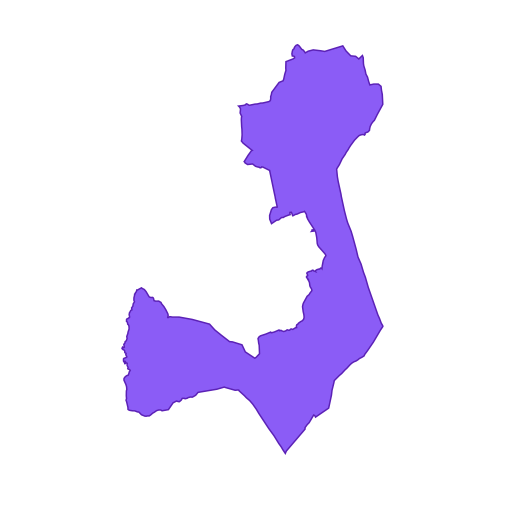 Gairo, Morogoro, United Republic of Tanzania (Natural Earth projection), rotated 169°
{"feature_id": "72390352B71030681800047", "entity_name": "Gairo", "entity_type": "district", "adm_level": 2, "iso_a3": "TZA", "parent_name": "United Republic of Tanzania", "parent_adm1": "Morogoro", "projection": "natural_earth1", "projection_center": [37.057, -6.228], "detail": "fine", "context": "isolated", "style": "filled", "palette": "violet", "viewbox_px": 512, "rotation_deg": 169, "n_neighbors": 0, "source": "geoboundaries", "source_scale": "gbopen_adm2", "svg_char_len": 6143}
<svg xmlns="http://www.w3.org/2000/svg" viewBox="0 0 512 512"><g transform="rotate(169 256 256)"><path d="M113.9,366.6L110.0,371.7L102.6,380.7L101.2,390.5L101.2,394.6L100.9,398.7L103.1,401.4L107.6,402.3L111.6,402.2L112.1,405.6L112.4,410.3L113.4,413.6L113.4,417.6L113.9,422.1L113.8,424.4L112.9,430.2L113.3,432.5L117.5,429.8L120.1,433.0L124.8,434.4L128.5,440.1L130.7,445.7L149.5,443.7L153.6,445.2L160.5,447.4L165.7,447.1L168.9,446.0L169.5,447.5L170.2,448.8L170.8,449.6L171.6,450.0L173.5,453.9L174.8,455.4L176.3,455.2L177.6,454.3L178.6,453.3L179.0,452.3L180.5,451.4L181.2,450.2L182.2,447.6L182.2,445.4L181.1,445.1L180.2,444.5L180.3,443.1L182.0,442.4L189.5,441.1L190.9,434.9L191.2,432.5L193.1,428.9L195.0,424.4L196.0,422.8L200.2,422.0L209.3,413.7L210.1,411.6L211.2,409.6L211.5,407.7L212.3,405.8L213.8,405.1L220.2,404.9L222.3,405.2L225.7,405.0L228.1,405.3L233.9,405.2L234.7,405.9L235.3,406.6L236.5,407.2L237.6,406.4L239.6,406.2L244.5,406.5L243.7,405.3L243.1,403.4L244.3,399.4L243.4,395.8L243.9,394.5L244.4,392.5L245.4,385.6L245.6,383.2L246.5,377.7L247.7,373.3L248.4,371.7L247.1,369.2L239.6,360.4L240.3,360.3L244.4,356.5L249.6,350.9L249.2,350.5L249.0,349.5L246.8,347.4L241.8,347.0L239.4,344.2L237.6,343.2L236.1,342.6L235.2,341.8L233.8,341.6L234.2,341.8L233.4,342.4L232.2,341.9L226.3,337.4L226.0,314.0L225.9,309.9L226.0,309.6L225.8,300.0L226.1,299.9L227.7,300.3L230.2,300.2L232.0,298.6L234.9,293.2L235.5,289.6L234.6,284.8L229.0,287.2L226.8,287.1L223.6,288.9L221.7,288.6L220.5,289.2L216.5,289.9L214.6,290.1L214.6,291.3L214.4,292.3L213.0,292.2L212.7,291.2L212.3,288.5L211.8,288.5L209.5,289.3L207.7,289.3L204.0,290.2L201.0,290.3L199.9,290.6L198.7,287.7L198.6,286.1L198.8,284.9L198.4,284.4L198.6,284.3L198.2,282.4L197.0,279.0L193.7,270.9L196.1,270.8L196.1,270.2L196.8,269.6L193.2,269.4L192.8,267.5L192.9,262.1L193.5,256.5L193.3,254.9L192.6,253.0L188.0,245.2L187.3,243.4L187.7,242.5L188.8,241.6L190.8,238.8L192.9,233.6L193.7,231.0L194.0,231.6L194.9,231.8L196.0,231.0L196.6,231.2L198.7,231.0L199.8,230.6L200.8,229.9L200.6,229.4L202.3,230.5L202.6,231.1L203.5,231.3L204.6,230.6L205.3,230.7L207.3,230.5L208.5,230.2L209.4,229.5L208.9,227.3L209.3,226.6L210.2,226.4L210.5,225.7L210.3,225.1L209.3,223.3L209.6,223.3L208.8,220.9L208.6,219.4L208.8,217.0L208.7,215.6L207.7,212.8L207.8,211.3L210.2,209.2L211.2,208.0L213.5,206.7L218.3,200.9L219.0,199.8L220.0,197.4L220.3,192.3L220.2,189.1L220.5,186.5L221.4,184.7L223.1,183.5L224.6,183.1L226.4,182.3L227.2,181.9L228.0,181.1L229.1,180.7L229.7,179.6L229.9,178.7L229.8,178.0L231.1,178.0L233.9,176.9L235.1,177.6L236.0,177.6L237.1,176.8L237.9,176.8L239.5,177.6L241.2,176.8L243.2,176.6L245.0,177.6L245.7,178.3L246.4,178.1L247.2,178.2L247.5,179.0L252.5,177.9L255.0,177.7L255.8,177.8L256.1,178.5L261.1,177.5L266.6,176.8L268.0,176.3L268.9,175.6L269.8,174.5L269.8,172.6L270.0,170.0L269.9,167.8L271.2,159.4L275.2,156.5L276.7,155.9L284.8,163.9L286.7,171.5L295.5,176.2L298.3,177.0L305.2,184.9L310.5,191.2L314.6,198.0L330.7,205.9L343.1,210.7L349.7,212.0L352.2,212.9L354.2,212.3L354.4,212.5L353.5,214.7L353.6,216.2L354.8,220.5L356.1,224.0L357.6,226.7L358.0,227.7L358.1,228.5L360.1,230.3L363.0,230.8L364.6,231.6L364.7,233.9L365.0,234.7L365.4,235.1L367.0,235.3L368.4,236.0L368.8,236.6L370.7,242.0L371.4,243.3L372.0,244.4L373.8,245.8L374.5,246.6L379.0,245.2L379.5,245.4L380.3,243.7L381.1,243.2L381.6,242.5L381.7,242.0L382.4,241.8L382.8,240.4L383.8,238.2L384.3,235.8L384.0,234.4L384.2,234.0L385.6,232.6L386.5,230.2L388.0,228.8L388.1,226.8L389.3,226.5L390.1,225.4L391.0,224.5L391.7,222.7L391.7,220.3L392.0,219.7L393.0,219.5L393.5,219.0L394.3,219.0L394.9,218.7L395.2,218.4L395.6,216.5L395.0,215.8L394.8,214.6L395.0,213.9L394.9,213.4L394.3,212.7L394.1,211.1L394.5,208.6L396.2,205.6L396.5,204.5L398.2,201.7L398.3,199.6L399.1,198.2L399.6,197.5L400.8,196.9L401.1,196.0L401.7,195.1L402.6,194.6L402.6,191.6L403.3,191.2L403.8,191.4L404.2,192.1L404.6,191.8L405.2,190.7L404.5,189.6L403.3,188.7L403.0,187.9L403.2,186.5L402.9,185.8L402.2,185.3L402.2,184.7L402.6,184.2L402.6,183.7L402.1,182.1L402.1,181.5L402.6,181.2L405.2,180.7L405.7,180.3L406.1,178.2L406.0,177.4L405.7,177.2L405.0,177.6L404.6,177.6L404.3,177.1L404.5,176.7L405.3,176.0L405.4,175.4L405.0,175.3L403.7,175.8L403.1,175.5L402.9,175.2L402.9,174.9L403.4,173.5L403.1,171.9L402.9,171.6L402.8,171.1L403.4,169.9L403.2,169.5L402.3,168.9L401.8,168.7L401.3,167.7L402.7,166.2L402.8,165.7L404.0,163.6L404.5,163.3L405.0,163.4L406.3,163.0L408.1,161.9L409.0,160.8L409.3,159.3L408.2,154.6L408.0,152.3L408.3,149.7L409.0,148.2L410.0,143.5L410.3,140.7L411.1,139.2L410.8,137.3L410.6,131.9L410.9,129.8L410.1,129.0L409.2,128.5L407.0,127.7L404.5,127.1L402.2,125.6L400.8,125.2L398.7,122.0L395.9,120.2L396.1,120.2L394.5,119.7L392.9,119.7L391.3,119.4L389.5,120.2L387.5,121.4L385.7,122.0L383.0,123.2L380.8,123.4L378.9,123.0L377.8,122.0L371.3,121.9L365.4,127.7L361.7,128.8L360.1,127.9L359.0,127.6L356.9,128.8L355.6,130.3L353.6,130.0L352.9,129.4L350.7,129.5L349.8,129.9L347.5,130.1L345.3,129.6L341.8,130.8L338.9,133.2L319.8,132.7L312.1,133.4L311.4,132.9L302.1,128.2L299.2,127.9L298.5,127.6L298.4,127.0L294.0,121.1L292.5,118.7L289.8,115.3L287.5,111.3L284.9,105.5L283.3,101.0L276.3,84.0L272.6,76.1L269.4,67.6L267.7,63.9L266.6,60.7L264.9,56.6L263.5,58.7L240.9,76.7L240.6,78.2L237.9,80.7L235.7,82.2L229.9,88.7L229.6,88.9L228.5,87.5L228.3,86.5L213.7,92.8L208.5,105.0L207.0,109.7L203.9,116.4L202.9,118.8L197.0,122.8L194.3,124.3L190.1,127.4L188.5,128.3L184.6,131.2L182.7,132.4L180.3,133.4L177.7,133.9L175.5,134.8L174.1,135.6L171.3,136.4L169.0,137.3L168.0,138.7L164.6,141.8L157.3,149.0L148.1,159.4L144.9,162.6L144.9,163.4L145.9,166.3L146.7,171.1L147.6,174.9L151.8,203.9L152.7,214.2L153.6,219.5L154.4,227.9L156.1,235.6L156.4,243.5L157.4,256.9L157.9,262.0L159.7,271.2L160.1,275.1L160.6,283.8L160.9,298.2L160.8,300.3L161.1,313.4L161.0,318.2L160.3,325.7L160.1,326.2L156.8,329.7L152.8,335.1L149.2,338.6L147.6,340.6L145.2,342.9L144.0,344.4L142.0,346.5L137.1,351.0L133.5,353.5L131.9,354.5L130.1,354.9L128.1,354.9L127.2,354.6L126.4,354.0L125.7,354.6L125.6,355.7L124.2,356.2L122.9,356.3L121.9,356.7L120.5,357.9L120.3,358.9L119.2,361.4L117.4,363.8L115.4,365.6L113.9,366.6Z" fill="#8b5cf6" stroke="#5b21b6" stroke-width="1.5"/></g></svg>